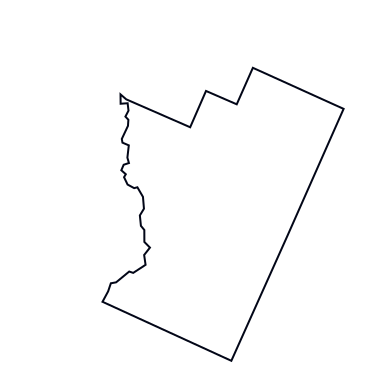 Highlands, Florida, United States of America, rotated 204°
{"feature_id": "52423323B72534166962454", "entity_name": "Highlands", "entity_type": "district", "adm_level": 2, "iso_a3": "USA", "parent_name": "United States of America", "parent_adm1": "Florida", "projection": "equal_earth", "projection_center": [-81.156, 27.34], "detail": "fine", "context": "isolated", "style": "outline", "palette": "ink", "viewbox_px": 384, "rotation_deg": 204, "n_neighbors": 0, "source": "geoboundaries", "source_scale": "gbopen_adm2", "svg_char_len": 681}
<svg xmlns="http://www.w3.org/2000/svg" viewBox="0 0 384 384"><g transform="rotate(204 192 192)"><path d="M87.3,329.6L186.9,330.2L186.8,290.3L220.3,290.0L220.0,250.4L289.8,249.9L297.0,252.1L293.1,243.6L286.9,246.9L283.1,240.5L283.5,233.8L279.5,232.1L277.4,226.4L277.7,211.9L275.6,208.8L268.7,208.9L265.0,197.1L261.4,192.8L265.5,189.1L265.4,183.1L259.7,181.3L260.1,177.9L253.9,172.6L246.4,172.0L243.8,174.1L234.8,167.6L229.1,157.2L230.1,149.4L224.9,140.3L220.1,137.9L215.2,127.0L207.8,124.1L210.1,115.0L204.8,106.6L212.8,94.2L217.0,93.8L224.6,78.6L229.0,75.6L228.2,67.1L229.1,55.3L98.7,53.9L87.4,53.8L87.0,191.4L87.3,329.6Z" fill="none" stroke="#020617" stroke-width="2"/></g></svg>